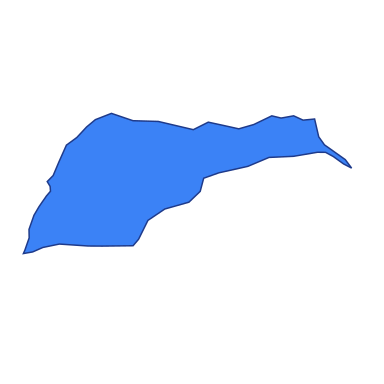 the district of Melouseia, Cyprus, rotated 284°
{"feature_id": "46923920B81614403917932", "entity_name": "Melouseia", "entity_type": "district", "adm_level": 2, "iso_a3": "CYP", "parent_name": "Cyprus", "parent_adm1": "", "projection": "robinson", "projection_center": [33.588, 35.068], "detail": "fine", "context": "isolated", "style": "filled", "palette": "blue", "viewbox_px": 384, "rotation_deg": 284, "n_neighbors": 0, "source": "geoboundaries", "source_scale": "gbopen_adm2", "svg_char_len": 852}
<svg xmlns="http://www.w3.org/2000/svg" viewBox="0 0 384 384"><g transform="rotate(284 192 192)"><path d="M91.5,43.3L95.3,51.9L102.1,60.7L109.4,75.9L114.5,104.4L117.8,118.0L125.6,147.8L133.2,151.6L153.8,156.1L168.9,169.7L181.4,191.5L194.6,199.8L208.2,200.0L217.1,213.4L230.4,240.0L244.2,258.4L246.3,265.5L251.2,281.9L260.9,304.1L262.8,312.0L260.6,320.5L255.9,332.3L253.8,341.1L260.5,332.9L269.8,309.1L276.2,301.6L292.5,293.3L291.9,291.7L288.6,282.4L290.5,272.2L286.1,262.4L285.3,260.5L285.2,251.0L272.4,235.6L264.6,222.1L264.2,206.7L263.7,190.9L252.8,178.2L252.3,142.2L246.9,117.5L248.8,94.8L238.8,80.7L229.6,74.0L217.1,67.1L207.1,58.8L189.0,55.6L174.4,53.3L167.1,49.0L163.1,53.0L158.5,54.5L152.9,51.7L150.2,50.7L146.6,49.3L140.7,47.1L131.2,44.3L116.3,42.9L108.1,45.1L95.1,43.9L91.5,43.3Z" fill="#3b82f6" stroke="#1e3a8a" stroke-width="1.5"/></g></svg>